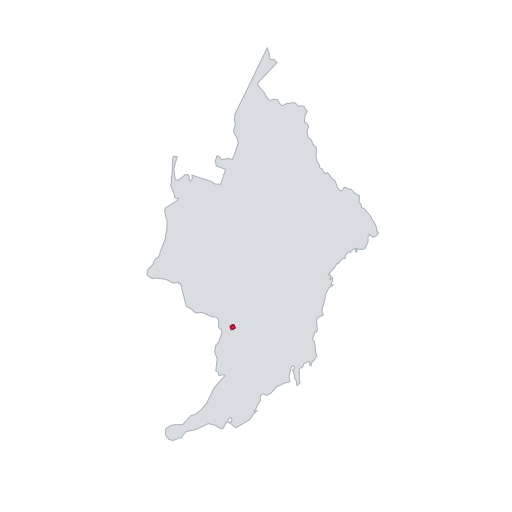 Tona, Santander, Colombia shown in context, rotated 198°
{"feature_id": "7082276B13563988320283", "entity_name": "Tona", "entity_type": "district", "adm_level": 2, "iso_a3": "COL", "parent_name": "Colombia", "parent_adm1": "Santander", "projection": "equal_earth", "projection_center": [-72.942, 7.167], "detail": "fine", "context": "in_parent", "style": "filled", "palette": "rose", "viewbox_px": 512, "rotation_deg": 198, "n_neighbors": 0, "source": "geoboundaries", "source_scale": "gbopen_adm2", "svg_char_len": 5072}
<svg xmlns="http://www.w3.org/2000/svg" viewBox="0 0 512 512"><g transform="rotate(198 256 256)"><path d="M285.0,68.3L281.2,70.4L273.7,73.0L268.5,84.3L265.0,86.2L260.6,92.9L257.4,101.2L255.0,118.1L248.6,132.4L249.1,133.0L251.7,132.4L254.1,130.8L254.9,131.3L255.8,133.8L258.8,134.4L261.1,146.0L265.6,151.9L266.0,154.2L266.6,159.1L265.0,162.0L264.6,172.6L266.0,175.3L269.3,176.3L271.5,182.9L272.9,184.5L275.0,185.5L279.8,184.5L288.7,185.6L290.7,185.4L295.7,183.1L302.0,185.9L306.6,186.4L319.2,206.4L320.5,205.9L322.1,207.0L325.3,205.0L328.0,204.7L331.6,205.7L336.4,205.7L345.9,203.6L347.3,202.4L352.6,203.6L354.1,205.1L354.9,208.8L354.3,211.1L352.5,213.5L351.5,216.5L351.3,220.1L350.4,222.8L348.7,224.5L348.0,227.1L348.4,230.4L347.5,245.6L348.3,246.8L348.8,253.0L351.1,261.1L352.1,263.4L354.0,265.3L357.4,272.0L356.6,274.2L348.0,284.6L347.6,287.0L349.2,286.1L351.9,287.0L352.8,289.6L359.2,296.8L359.1,299.6L361.0,305.0L360.7,306.3L365.1,321.8L365.3,325.1L361.6,326.0L361.4,315.6L360.9,313.4L356.7,304.2L355.8,303.4L353.0,304.5L348.4,311.4L346.2,312.4L344.5,311.4L342.7,307.3L341.6,306.6L340.4,310.0L341.9,313.1L321.3,313.0L317.3,311.8L311.8,313.3L311.7,329.1L321.5,329.3L324.1,333.8L323.9,337.5L324.3,338.8L322.0,339.5L318.6,337.0L312.6,340.0L308.1,340.7L307.8,358.1L310.5,362.4L315.7,367.1L316.4,370.2L316.1,373.2L317.3,377.0L319.0,378.9L319.0,381.2L319.9,383.7L309.6,457.4L306.0,452.9L304.7,448.8L302.9,447.2L299.5,448.4L295.8,446.4L307.7,421.4L307.3,419.2L297.4,413.0L296.4,411.5L291.6,408.2L289.0,409.2L287.5,410.8L283.9,411.3L281.0,408.6L277.5,406.9L273.4,411.1L272.1,411.1L269.2,412.9L266.0,413.6L261.8,411.7L258.5,413.0L256.2,412.8L255.3,411.4L252.3,410.0L252.0,408.3L252.8,405.2L251.6,399.1L251.1,398.1L248.8,398.0L246.2,395.8L245.7,394.5L246.2,392.0L245.7,389.9L243.2,385.0L239.6,383.7L236.1,379.7L232.7,378.3L231.1,375.4L229.6,368.8L226.0,363.7L223.5,362.0L222.7,359.6L220.1,359.3L216.6,356.0L215.1,355.8L214.0,357.3L210.8,355.7L208.0,353.2L205.2,352.6L203.3,351.1L199.9,346.4L196.3,344.1L194.2,344.9L193.4,348.4L192.2,349.0L188.0,348.1L187.3,348.9L186.2,348.7L181.1,346.1L176.0,345.2L174.7,339.3L171.5,337.2L170.5,334.4L168.2,334.7L159.5,329.4L156.0,325.7L152.9,323.6L149.7,319.5L149.2,317.8L146.7,315.4L147.9,312.3L150.9,309.9L154.8,311.7L155.3,308.1L153.9,304.9L154.5,297.6L155.6,296.0L157.7,294.6L159.0,295.1L159.9,293.9L163.0,294.4L164.0,293.9L166.4,291.0L167.5,288.7L168.6,288.9L171.1,285.0L170.7,281.1L173.1,280.2L175.7,273.8L176.8,273.6L177.4,270.5L181.8,259.9L180.2,261.2L178.5,260.4L178.8,256.8L178.2,256.4L176.8,259.2L175.6,256.4L175.9,251.8L173.9,252.7L174.0,251.6L176.9,248.2L178.1,240.4L177.2,237.5L176.6,225.8L176.1,223.6L173.7,220.6L177.5,217.3L178.8,214.8L177.1,209.6L174.9,205.2L174.9,202.5L176.2,202.8L176.8,195.5L175.5,192.8L173.9,192.7L169.0,182.0L167.3,179.8L168.6,174.6L170.1,172.3L169.8,168.4L170.8,168.6L172.9,172.2L173.8,171.6L177.2,168.3L177.3,165.1L180.0,161.8L176.2,150.9L175.0,149.1L176.5,145.6L177.4,145.8L178.8,149.3L181.2,151.5L184.6,157.6L186.1,159.0L185.1,160.4L184.8,161.8L185.3,162.6L187.3,162.8L188.1,161.1L187.6,153.7L186.8,150.0L185.0,147.3L185.5,146.2L189.1,144.4L196.5,137.3L199.1,130.7L201.0,128.3L203.2,126.7L205.9,127.1L207.9,126.2L208.6,124.1L207.2,119.5L208.8,113.2L208.8,110.0L209.8,108.1L209.4,107.3L206.8,109.5L209.5,105.1L211.5,98.3L222.2,86.3L229.2,89.2L231.4,89.0L228.5,90.5L228.1,92.3L229.1,94.1L230.1,94.6L231.0,93.4L233.4,86.4L233.7,82.6L234.7,81.3L236.2,80.8L243.1,82.5L249.5,81.9L260.1,71.9L268.0,67.6L270.0,63.5L270.5,60.5L271.9,59.3L273.4,59.3L274.4,57.6L278.0,54.9L281.9,54.6L286.0,57.0L288.0,61.1L288.3,63.9L285.0,68.3ZM163.1,293.1L162.7,293.7L161.7,292.7L161.4,291.5L162.0,290.6L162.7,290.9L163.1,293.1Z" fill="#d9dde1" stroke="#a8b0b8" stroke-width="1"/><path d="M254.1,180.8L254.0,181.0L253.9,181.2L253.9,181.3L254.0,181.3L253.9,181.3L254.0,181.5L253.9,181.7L253.9,181.8L254.0,181.8L254.1,181.7L254.1,181.8L254.3,181.9L254.4,181.7L254.5,181.7L254.6,181.8L254.7,182.0L254.8,182.1L254.7,182.2L254.8,182.3L255.0,182.4L255.0,182.5L255.1,182.8L255.2,182.7L255.3,182.7L255.5,182.6L255.8,182.7L255.9,182.8L256.0,183.0L255.9,183.2L255.9,183.3L255.9,183.5L256.0,183.5L256.1,183.3L256.0,183.2L256.2,182.9L256.3,183.0L256.5,183.2L256.7,183.3L256.8,183.3L257.1,183.4L257.3,183.2L257.4,182.9L257.4,182.7L257.5,182.7L257.7,182.4L257.8,182.3L257.8,182.1L257.8,181.9L257.7,181.8L257.7,181.7L257.8,181.5L257.8,181.4L257.9,181.2L258.0,181.1L257.9,181.1L258.0,181.1L257.9,181.0L257.9,180.9L258.0,180.9L257.9,180.8L257.9,180.7L258.0,180.8L258.0,180.7L257.9,180.7L258.0,180.7L257.9,180.7L258.0,180.6L258.1,180.4L257.9,180.3L257.9,180.2L257.7,180.1L257.7,179.9L257.6,179.7L257.5,179.4L257.5,179.2L257.4,179.0L257.3,178.9L257.3,179.0L257.2,179.1L257.0,179.3L256.9,179.4L256.7,179.3L256.4,179.3L256.2,179.4L256.2,179.5L255.9,179.6L255.7,179.6L255.7,179.4L255.6,179.2L255.4,179.2L255.3,179.3L255.2,179.3L255.2,179.5L255.0,179.4L255.0,179.5L254.9,179.6L254.9,179.8L254.8,180.0L254.7,180.1L254.7,180.3L254.6,180.5L254.4,180.6L254.2,180.7L254.2,180.8L254.1,180.8Z" fill="#f43f5e" stroke="#9f1239" stroke-width="1.5"/></g></svg>